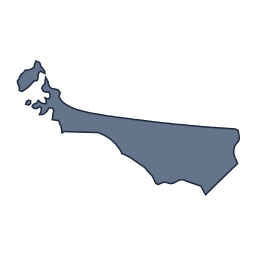 Arraial do Cabo, Rio de Janeiro, Brazil, rotated 181°
{"feature_id": "56859067B77221127039248", "entity_name": "Arraial do Cabo", "entity_type": "district", "adm_level": 2, "iso_a3": "BRA", "parent_name": "Brazil", "parent_adm1": "Rio de Janeiro", "projection": "natural_earth1", "projection_center": [-42.098, -22.939], "detail": "fine", "context": "isolated", "style": "filled", "palette": "slate", "viewbox_px": 256, "rotation_deg": 181, "n_neighbors": 0, "source": "geoboundaries", "source_scale": "gbopen_adm2", "svg_char_len": 2522}
<svg xmlns="http://www.w3.org/2000/svg" viewBox="0 0 256 256"><g transform="rotate(181 128 128)"><path d="M17.9,127.6L20.7,128.9L23.4,129.1L26.5,129.1L29.5,129.4L31.9,129.5L34.2,129.6L37.5,129.7L41.2,130.0L44.4,130.0L47.6,130.3L50.1,130.4L52.4,130.6L54.8,130.7L57.2,131.0L59.5,131.1L61.6,131.2L64.1,131.5L66.5,131.5L69.8,131.9L72.7,132.2L76.3,132.3L79.8,132.6L83.1,132.8L85.4,133.1L87.9,133.4L91.0,133.5L94.1,133.8L97.7,134.2L101.5,134.5L105.6,135.0L108.5,135.3L111.3,135.6L114.6,136.0L117.4,136.3L120.0,136.5L122.6,136.6L125.1,137.2L128.8,137.5L131.8,137.8L134.7,138.1L137.8,138.5L140.5,138.6L142.8,139.1L145.4,139.5L148.1,139.6L151.3,140.1L154.4,140.7L156.7,141.0L159.2,141.4L162.1,141.8L166.0,142.4L169.0,143.0L171.9,143.7L175.3,144.5L178.0,145.2L180.9,146.0L182.9,146.8L184.9,147.6L187.2,148.7L189.5,149.9L191.3,151.0L193.4,152.6L195.7,154.9L197.6,158.5L196.3,161.9L198.6,164.9L201.8,165.7L204.8,166.1L206.7,167.5L208.0,169.7L208.9,173.3L211.2,177.2L211.8,173.6L211.7,171.1L213.8,169.0L215.0,166.2L213.4,163.4L211.0,162.4L207.5,162.6L206.2,158.2L208.1,155.5L211.5,156.8L210.1,153.7L210.7,150.7L213.6,151.1L215.7,151.9L218.2,154.1L219.8,151.4L223.0,150.0L224.3,147.9L222.6,146.0L219.5,145.8L217.3,147.8L214.9,146.8L215.4,142.7L216.8,139.8L213.3,140.1L210.7,141.9L209.1,143.7L207.5,146.5L204.2,146.8L202.3,144.1L203.2,141.5L203.4,138.6L203.9,135.0L201.0,134.6L197.3,134.2L196.4,131.0L195.2,128.9L194.4,125.9L194.0,122.0L191.6,123.3L178.4,123.1L162.8,123.0L157.7,122.9L155.4,122.0L151.8,120.4L146.1,117.2L140.4,112.2L135.9,106.6L133.4,102.0L131.3,101.6L129.2,100.4L126.2,99.1L124.1,97.8L121.6,96.1L119.4,94.6L117.2,93.2L114.9,91.5L112.3,90.1L109.7,87.9L107.5,85.2L105.1,82.7L103.2,80.8L101.9,78.6L100.6,75.9L99.3,73.2L96.9,72.0L94.5,73.1L91.5,74.4L88.5,74.2L86.5,73.5L84.1,73.1L81.6,73.6L78.7,75.3L76.2,76.7L74.2,77.1L71.3,77.1L68.5,75.8L54.1,71.2L49.3,62.6L40.7,71.5L17.8,94.4L19.4,98.1L20.9,101.1L21.9,105.3L21.6,109.6L20.6,112.6L19.1,114.6L17.3,116.6L16.5,119.2L16.9,122.9L17.9,127.6ZM233.4,181.7L235.2,180.2L236.8,178.2L237.7,175.3L239.5,173.0L238.7,169.9L237.4,167.2L237.3,163.5L234.2,162.8L232.1,164.4L229.8,166.0L227.8,167.7L225.8,170.0L222.8,173.4L219.9,173.7L218.8,176.3L218.8,179.1L218.2,181.6L216.1,183.3L214.3,182.1L212.0,181.1L212.4,183.6L214.0,185.6L216.0,187.9L217.5,191.8L221.2,193.4L222.5,189.8L223.0,187.1L225.8,185.2L228.9,184.2L231.7,184.1L233.4,181.7ZM229.8,152.9L230.8,150.0L227.6,149.2L225.8,150.6L225.8,153.5L227.8,154.1L229.8,152.9Z" fill="#64748b" stroke="#1e293b" stroke-width="1.5"/></g></svg>